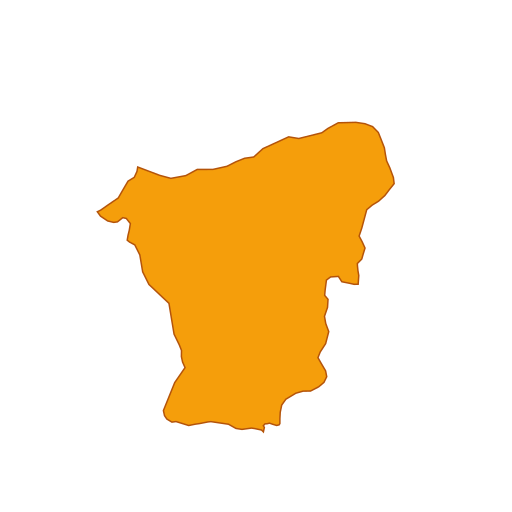 outline of Boda, Lobaye, Central African Republic, rotated 140°
{"feature_id": "33826404B82101327169951", "entity_name": "Boda", "entity_type": "district", "adm_level": 2, "iso_a3": "CAF", "parent_name": "Central African Republic", "parent_adm1": "Lobaye", "projection": "albers", "projection_center": [17.344, 4.053], "detail": "fine", "context": "isolated", "style": "filled", "palette": "amber", "viewbox_px": 512, "rotation_deg": 140, "n_neighbors": 0, "source": "geoboundaries", "source_scale": "gbopen_adm2", "svg_char_len": 1722}
<svg xmlns="http://www.w3.org/2000/svg" viewBox="0 0 512 512"><g transform="rotate(140 256 256)"><path d="M363.4,116.5L359.8,119.3L359.5,121.3L356.9,121.6L355.4,120.4L353.1,119.3L351.4,116.4L349.1,112.9L346.8,111.8L345.4,112.3L342.2,116.1L337.9,120.7L332.1,125.3L325.2,127.1L313.7,125.3L306.8,122.2L301.0,117.5L292.1,115.5L285.2,115.5L279.4,118.1L276.5,123.3L275.1,131.7L273.9,138.3L268.5,141.2L259.0,144.1L248.9,151.3L246.0,159.4L242.3,165.8L234.2,170.7L228.7,176.5L228.7,181.7L225.0,185.4L217.5,192.3L212.3,192.0L206.0,187.4L206.8,181.1L201.9,175.0L199.1,171.3L195.9,168.7L189.8,175.0L187.3,179.3L184.7,183.1L183.2,185.1L176.9,185.7L173.1,188.3L167.4,192.0L165.6,198.4L164.2,205.0L157.0,209.4L141.4,220.3L134.2,220.3L126.8,219.2L118.4,219.5L110.9,221.2L103.7,222.6L100.3,227.8L96.8,237.6L94.8,244.9L91.6,250.6L88.1,256.4L85.0,265.6L82.9,272.0L83.5,280.1L87.5,287.3L93.6,294.2L103.4,302.0L107.4,305.2L118.9,307.5L126.4,308.1L147.7,318.5L154.4,326.3L181.7,333.8L194.1,333.3L201.9,338.2L210.8,341.1L220.6,343.4L233.3,350.0L245.4,360.1L258.1,362.7L271.3,370.2L278.0,379.8L289.4,400.2L292.8,397.3L298.7,394.5L305.9,395.6L315.7,392.1L324.2,389.0L336.2,390.2L345.6,391.0L349.1,391.9L349.5,386.5L347.1,378.2L343.4,373.2L340.2,371.2L333.4,371.0L331.2,368.1L331.4,361.6L336.5,357.2L340.6,354.2L344.5,350.9L343.9,347.9L341.7,342.4L344.3,331.5L353.0,316.7L356.3,303.0L353.1,275.7L369.0,248.8L371.9,237.2L373.8,231.5L377.8,226.9L380.4,222.0L382.1,216.1L399.6,211.3L426.3,197.1L428.7,192.5L429.1,188.4L427.2,182.8L423.7,180.6L416.5,169.4L410.6,166.2L407.1,164.0L399.5,159.8L397.0,158.1L385.2,144.8L382.2,136.8L378.2,132.2L370.1,127.1L367.8,124.5L363.6,119.1L363.4,116.5Z" fill="#f59e0b" stroke="#b45309" stroke-width="1.5"/></g></svg>